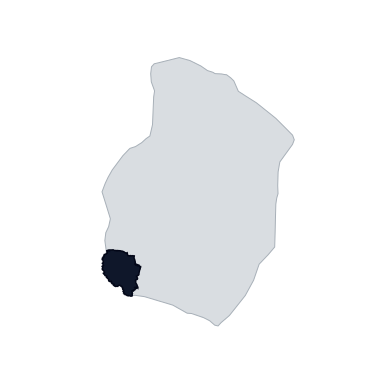 location of Sanqebethu, Mokhotlong, Lesotho, rotated 154°
{"feature_id": "5366337B9113351497763", "entity_name": "Sanqebethu", "entity_type": "district", "adm_level": 2, "iso_a3": "LSO", "parent_name": "Lesotho", "parent_adm1": "Mokhotlong", "projection": "equal_earth", "projection_center": [29.193, -29.287], "detail": "fine", "context": "in_parent", "style": "filled", "palette": "ink", "viewbox_px": 384, "rotation_deg": 154, "n_neighbors": 0, "source": "geoboundaries", "source_scale": "gbopen_adm2", "svg_char_len": 6368}
<svg xmlns="http://www.w3.org/2000/svg" viewBox="0 0 384 384"><g transform="rotate(154 192 192)"><path d="M238.3,254.9L229.7,258.1L228.5,258.4L223.0,257.6L215.6,258.4L209.8,260.1L205.3,260.8L198.0,269.8L184.8,294.2L181.3,299.3L180.3,308.8L177.3,316.4L173.5,322.3L169.8,323.8L158.7,321.4L144.5,318.4L136.2,311.0L128.8,301.4L124.9,294.4L120.8,290.5L119.4,288.3L113.6,285.1L111.4,283.4L109.5,282.2L107.1,277.5L105.7,273.5L106.2,262.2L102.1,255.4L95.0,243.9L90.5,234.4L84.4,221.5L80.6,210.5L76.7,199.0L77.2,194.1L80.8,190.7L91.5,185.0L99.9,180.5L105.8,172.3L112.2,160.1L115.4,152.8L118.5,149.4L122.0,144.3L128.0,132.8L134.6,120.0L141.8,106.3L150.9,102.3L163.3,97.7L175.3,85.7L189.5,75.6L212.5,64.6L223.2,61.8L227.3,60.2L229.9,62.3L232.6,68.6L236.6,73.9L245.7,83.0L249.5,85.2L258.9,98.8L268.9,108.0L280.5,118.7L288.3,124.0L292.3,125.5L295.7,135.0L299.0,142.0L300.9,148.6L300.5,155.0L296.9,170.6L291.6,186.6L287.3,193.2L282.1,197.4L277.1,203.7L275.1,216.5L272.8,231.6L266.2,237.8L261.1,241.9L254.0,246.8L238.3,254.9Z" fill="#d9dde1" stroke="#a8b0b8" stroke-width="1"/><path d="M291.9,176.3L292.3,176.3L292.7,176.5L292.9,176.4L292.8,176.0L293.1,176.3L293.5,176.4L293.7,176.6L294.4,176.6L294.5,176.5L294.5,176.3L294.5,176.0L294.1,175.3L294.2,175.1L294.6,174.8L294.9,174.3L295.2,174.5L295.4,174.4L295.6,174.5L295.7,174.4L296.0,174.4L296.1,174.0L296.4,173.7L296.7,173.7L297.8,174.2L298.0,174.1L298.3,174.2L298.4,173.8L298.6,173.5L298.7,173.4L299.1,173.4L299.4,173.2L299.5,172.4L299.6,172.2L299.8,172.2L300.1,172.3L300.6,172.4L300.7,171.9L301.5,171.8L301.4,171.4L301.6,171.3L301.9,171.2L302.3,170.8L302.3,170.4L301.9,169.8L302.0,169.0L302.4,168.2L302.4,167.9L302.7,167.6L302.7,167.4L303.8,167.3L303.9,167.2L303.9,166.8L303.6,166.2L303.6,165.9L303.6,164.8L303.7,164.7L304.1,164.7L304.7,164.7L304.9,164.8L305.4,164.6L305.3,163.8L305.2,163.4L305.6,163.0L306.0,162.6L306.3,162.3L306.3,162.0L306.5,162.0L306.5,161.1L306.3,160.9L306.0,160.6L305.9,160.2L305.8,159.6L305.9,159.2L306.0,158.9L305.8,158.2L306.1,158.0L306.5,158.0L306.9,157.8L307.3,157.8L307.1,156.7L306.8,156.1L306.8,155.7L306.8,155.3L306.8,155.1L306.5,155.0L306.4,154.5L306.2,154.3L305.9,154.1L305.9,153.9L305.5,153.6L305.6,153.4L305.9,153.2L305.9,152.9L306.2,152.8L306.0,152.4L306.1,152.2L305.7,151.6L305.7,151.2L305.3,150.4L305.2,149.8L305.4,149.6L305.5,149.5L305.7,149.1L305.7,148.6L305.7,148.3L305.4,147.8L304.7,147.4L304.4,147.2L303.9,147.3L303.6,147.2L303.7,146.3L303.9,146.4L304.0,146.3L304.2,146.1L304.3,145.9L304.1,145.2L304.0,144.6L303.9,144.4L303.5,144.2L303.3,143.6L302.5,143.3L302.6,142.5L302.6,142.2L303.2,142.5L303.3,142.5L303.2,142.2L302.8,141.4L302.2,140.7L301.8,140.5L300.5,140.1L300.1,139.7L299.5,140.0L298.6,140.2L298.4,140.2L297.9,140.0L297.7,139.8L297.6,139.2L297.4,138.9L297.1,138.7L296.9,138.4L296.5,138.1L296.4,136.4L296.6,136.4L296.7,135.1L296.9,134.9L296.9,134.7L296.4,133.7L296.6,133.3L296.8,133.2L297.1,132.9L297.4,132.9L297.3,132.6L297.1,132.3L297.3,131.7L297.6,131.5L297.8,131.2L297.6,131.0L297.4,130.7L297.6,130.2L297.3,130.1L297.2,129.7L296.8,129.3L297.0,129.1L296.5,128.7L296.1,128.1L295.9,128.0L295.8,127.5L295.5,127.2L295.0,126.9L294.7,126.9L294.7,126.6L294.2,126.5L293.8,126.3L293.4,125.9L293.1,125.7L292.8,125.3L292.7,125.3L292.6,125.2L291.8,124.9L291.5,125.0L291.3,124.9L291.2,125.0L291.1,125.4L291.0,125.5L290.9,125.6L290.8,125.9L290.8,126.1L290.6,126.2L290.6,126.5L290.4,126.6L290.5,126.7L290.3,126.9L290.3,127.0L290.2,127.0L290.1,127.3L289.9,127.6L289.8,127.8L289.9,128.1L289.6,128.6L289.7,129.2L289.5,129.4L289.4,129.4L289.1,129.4L288.3,128.8L288.1,128.8L288.1,129.2L287.9,129.4L287.6,129.2L287.6,128.9L287.4,129.0L287.3,129.3L287.1,129.5L286.6,129.1L286.3,129.1L286.1,129.2L286.2,129.6L285.9,129.6L285.5,129.8L284.9,129.8L284.7,130.2L284.4,130.1L284.3,130.4L284.5,130.5L284.7,131.0L285.0,131.1L285.1,131.3L284.6,131.2L284.4,131.0L284.0,130.9L283.7,130.1L283.9,130.0L283.8,129.8L283.5,130.0L283.5,130.3L283.4,130.3L283.1,130.2L283.0,130.5L282.9,130.6L282.8,130.2L282.7,129.6L282.5,129.9L282.6,130.1L282.6,130.3L282.4,130.4L282.4,131.7L282.2,132.4L282.3,132.7L282.2,133.2L282.3,134.2L282.5,134.6L282.5,134.9L282.1,135.5L281.9,136.2L281.6,136.6L281.5,136.9L281.5,137.5L280.3,137.7L280.0,137.5L279.6,137.5L279.2,137.7L278.9,138.2L278.7,138.4L278.8,139.2L279.0,140.0L278.8,140.3L278.7,140.4L278.7,140.5L278.5,140.4L277.8,140.5L277.6,140.6L277.5,140.8L277.1,140.9L276.9,140.7L276.7,140.7L276.0,141.0L275.8,141.3L275.8,141.5L275.3,142.1L275.3,142.3L274.7,143.0L274.3,143.5L274.2,143.7L273.8,144.1L273.3,144.9L273.1,144.9L272.7,145.2L272.6,145.3L272.5,145.6L272.2,145.8L272.0,146.1L271.9,146.2L271.8,146.5L271.6,146.6L271.2,146.9L271.0,147.1L271.1,147.5L270.8,147.8L270.8,148.1L270.9,147.8L271.3,147.9L271.4,147.6L271.7,147.5L271.7,147.9L271.8,148.6L271.7,149.2L271.7,149.5L271.8,149.6L272.0,149.4L272.0,149.2L272.8,149.3L273.2,149.6L273.4,149.6L273.6,149.9L273.5,150.4L273.3,150.5L273.1,150.3L273.0,150.2L272.8,150.3L272.8,150.5L273.1,150.7L273.3,150.6L273.4,150.8L273.4,151.3L273.5,151.4L273.8,151.3L274.1,151.4L274.4,151.3L274.4,151.1L274.6,151.0L274.8,151.3L274.9,152.1L274.7,152.1L274.7,152.5L274.4,152.5L274.1,152.9L274.1,153.0L274.0,153.5L273.9,153.5L273.8,153.9L273.7,154.2L273.6,154.3L273.6,154.5L273.4,155.2L273.4,155.4L273.3,155.7L273.3,156.0L273.2,156.2L273.1,156.9L273.2,157.1L273.2,157.3L273.0,158.3L272.7,158.6L272.6,158.9L272.3,159.2L272.2,159.5L271.9,159.9L272.0,160.0L272.2,159.9L272.4,159.9L272.8,160.3L272.9,160.5L273.1,160.5L273.3,160.8L274.0,160.9L274.3,161.2L274.5,161.1L274.8,161.1L275.1,161.5L275.2,161.8L275.3,161.8L275.4,161.7L275.6,161.6L276.0,161.9L276.1,162.0L276.3,162.1L276.5,162.4L276.8,162.5L277.5,163.0L277.6,163.4L277.3,164.1L277.2,165.0L276.9,165.4L276.9,165.7L277.2,165.6L277.6,166.0L277.9,166.1L278.0,166.0L278.2,166.3L278.3,166.3L278.6,166.4L278.6,166.5L278.7,166.8L278.8,166.9L279.0,167.1L279.1,167.4L279.1,167.5L279.3,167.7L279.3,167.9L279.5,168.2L279.9,168.5L280.0,168.8L280.3,168.9L280.4,169.1L280.5,169.2L280.7,169.5L281.3,169.6L281.4,169.9L281.6,170.1L281.8,170.1L282.2,170.6L282.5,170.8L282.8,170.9L283.0,171.1L283.3,171.2L283.9,171.6L284.2,171.6L284.4,171.9L284.7,171.9L284.9,172.1L285.0,172.0L285.3,172.2L285.5,172.2L285.7,172.3L285.9,172.6L286.0,172.6L286.2,172.9L286.8,173.0L287.5,173.6L288.0,174.4L288.2,174.5L289.7,175.2L290.0,175.2L290.6,175.6L291.3,175.9L291.9,176.3Z" fill="#0f172a" stroke="#020617" stroke-width="1.5"/></g></svg>